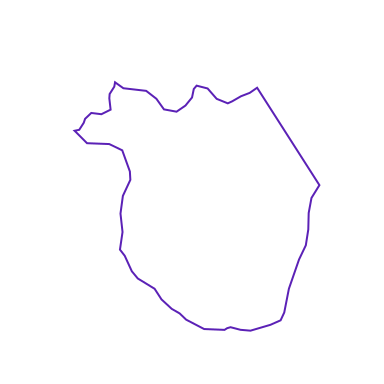 map outline of Aksaray (Natural Earth projection), rotated 293°
{"feature_id": "TUR-3021", "entity_name": "Aksaray", "entity_type": "Province", "adm_level": 1, "iso_a3": "TUR", "parent_name": "Turkey", "parent_adm1": "", "projection": "natural_earth1", "projection_center": [33.872, 38.466], "detail": "fine", "context": "isolated", "style": "outline", "palette": "violet", "viewbox_px": 384, "rotation_deg": 293, "n_neighbors": 0, "source": "natural_earth", "source_scale": "10m", "svg_char_len": 871}
<svg xmlns="http://www.w3.org/2000/svg" viewBox="0 0 384 384"><g transform="rotate(293 192 192)"><path d="M179.1,130.5L186.6,126.8L203.1,111.5L203.8,97.1L195.9,76.3L202.5,60.0L205.2,63.9L213.4,65.3L217.6,65.0L225.4,68.4L228.2,78.2L236.0,84.9L245.9,79.3L250.0,77.9L258.6,79.3L262.9,78.3L260.7,88.3L267.2,110.3L263.9,122.8L257.1,133.9L259.9,146.4L269.0,152.2L279.0,155.1L287.5,153.4L291.7,154.7L293.4,165.9L287.4,178.3L287.6,190.3L291.1,193.5L299.3,199.7L305.8,206.4L313.4,211.2L248.1,306.6L233.2,304.3L218.3,307.6L202.9,313.7L187.4,317.6L171.7,316.9L140.8,319.0L117.1,324.0L108.5,323.7L100.4,316.1L87.2,300.0L84.1,290.5L82.6,280.3L80.4,277.6L77.8,275.8L70.6,256.7L72.2,236.5L75.4,228.1L76.5,219.0L81.2,205.9L88.3,195.4L91.2,175.9L95.5,167.6L107.0,155.0L110.8,148.2L128.0,143.7L144.2,134.6L161.4,129.9L179.1,130.5Z" fill="none" stroke="#5b21b6" stroke-width="2"/></g></svg>